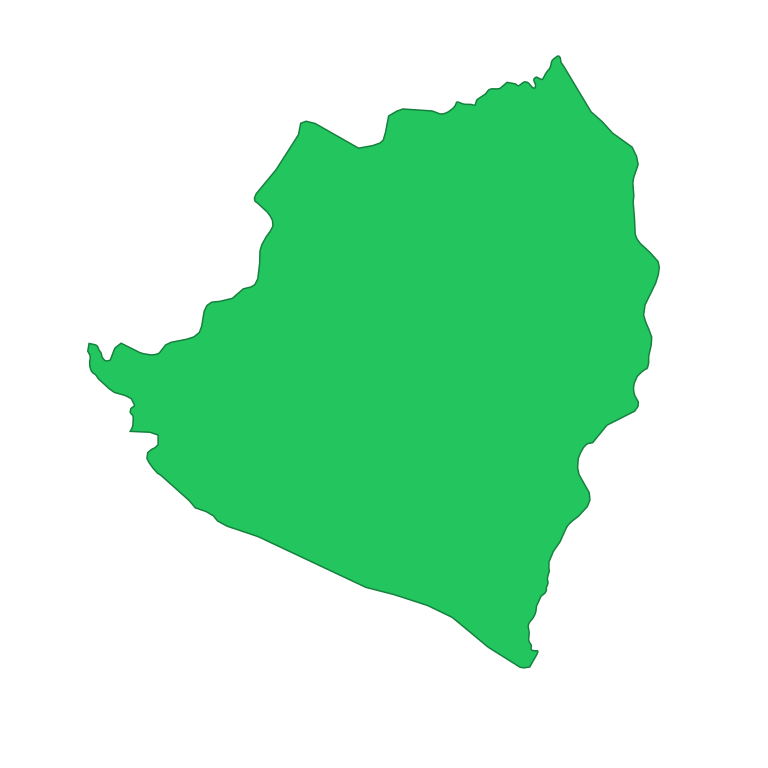 At-Ta'mim, Equal Earth projection, rotated 352°
{"feature_id": "IRQ-3049", "entity_name": "At-Ta'mim", "entity_type": "Province", "adm_level": 1, "iso_a3": "IRQ", "parent_name": "Iraq", "parent_adm1": "", "projection": "equal_earth", "projection_center": [44.125, 35.305], "detail": "fine", "context": "isolated", "style": "filled", "palette": "green", "viewbox_px": 768, "rotation_deg": 352, "n_neighbors": 0, "source": "natural_earth", "source_scale": "10m", "svg_char_len": 3366}
<svg xmlns="http://www.w3.org/2000/svg" viewBox="0 0 768 768"><g transform="rotate(352 384 384)"><path d="M606.2,94.4L627.0,143.4L636.6,154.6L645.2,167.3L662.7,184.0L665.8,193.8L666.2,202.1L659.9,214.5L658.4,219.7L657.6,232.4L656.1,238.2L655.0,256.1L653.6,270.5L654.6,275.3L657.2,280.3L665.2,290.1L672.4,300.8L672.9,306.5L671.0,313.5L667.1,321.9L653.5,342.0L650.7,351.8L651.8,359.1L654.1,367.6L655.6,375.0L654.0,382.7L650.0,393.3L649.0,400.0L647.9,403.0L646.6,405.3L643.8,406.2L640.3,408.3L635.8,411.7L631.9,418.0L630.5,422.6L630.3,426.8L630.8,430.5L633.4,437.4L632.4,441.6L628.4,445.8L599.1,455.8L582.4,471.2L577.7,471.3L575.4,472.5L572.7,474.7L569.1,479.4L566.0,484.8L564.1,493.7L564.5,500.7L572.1,520.2L571.8,527.6L568.2,533.8L557.9,542.2L552.1,545.4L547.4,548.6L544.6,551.7L536.4,564.7L528.3,573.5L522.5,583.4L522.0,587.5L521.7,588.7L521.6,589.6L521.7,590.9L521.7,592.5L520.4,594.9L518.9,598.7L518.7,600.1L518.5,600.9L518.9,602.7L518.6,604.4L516.9,607.4L516.3,608.6L516.3,610.0L515.7,611.6L514.4,613.4L510.0,616.0L504.1,625.2L502.8,630.2L501.5,633.0L499.4,636.0L494.6,640.6L493.5,642.6L493.0,644.5L493.2,649.3L492.9,652.0L491.6,657.5L492.0,659.6L493.4,662.9L493.5,664.0L492.8,666.2L492.9,667.4L493.6,668.4L495.0,668.9L498.9,669.5L499.1,670.7L497.5,673.4L488.9,684.5L483.2,684.6L479.4,683.5L450.7,659.3L419.2,624.7L396.3,609.4L364.3,593.8L337.8,582.9L313.2,566.8L238.0,517.6L208.9,503.0L200.2,496.6L196.6,490.7L189.8,485.4L179.9,480.4L175.0,472.5L150.3,443.3L147.4,440.9L143.6,435.3L140.3,429.0L138.9,424.6L140.5,419.1L144.3,416.6L148.6,415.1L151.8,412.7L153.2,403.1L145.4,399.2L126.1,395.6L128.5,392.4L129.7,389.3L131.1,382.0L130.7,379.9L129.4,378.3L128.7,376.4L129.8,373.3L131.2,372.2L132.5,371.7L133.5,371.2L133.9,369.8L131.7,363.4L126.3,359.5L115.8,354.8L111.5,350.8L102.0,339.3L100.2,335.6L99.4,334.3L97.6,332.9L95.9,330.3L95.1,325.5L95.7,320.5L96.7,317.6L96.9,314.8L95.2,310.2L97.6,302.8L103.3,304.9L104.9,305.9L105.9,307.8L106.2,309.4L106.6,310.9L108.1,313.6L108.4,315.8L108.5,318.1L110.6,321.7L112.8,322.7L116.2,322.3L122.4,311.1L129.3,307.0L146.3,318.7L149.9,320.5L157.8,322.9L161.8,323.0L165.6,322.2L173.1,315.0L178.8,313.1L194.9,312.2L202.3,310.9L208.3,307.3L211.5,301.4L216.0,287.0L219.6,281.6L224.7,279.0L233.1,279.3L245.7,278.1L257.9,270.2L265.9,269.4L270.0,267.6L273.7,262.2L277.6,247.4L279.7,235.0L282.3,229.2L288.0,221.6L292.8,216.7L296.0,212.2L296.3,206.6L294.8,202.1L292.4,197.6L284.2,187.5L281.8,185.2L281.5,182.0L283.9,177.8L306.9,156.8L334.0,125.2L337.8,114.2L343.5,113.0L352.0,116.4L391.6,146.9L405.7,146.4L413.7,144.8L417.2,142.4L420.5,135.0L425.9,119.2L434.6,115.6L440.9,114.3L461.5,118.6L469.7,120.3L476.8,124.2L479.0,124.7L482.0,124.5L485.7,123.4L491.1,120.3L493.3,118.2L495.1,115.1L496.5,115.0L501.1,117.6L503.3,118.3L509.3,119.3L511.0,120.1L512.1,120.5L513.2,120.2L515.2,115.9L516.5,114.9L523.5,111.6L525.6,110.3L527.2,108.5L529.2,107.0L532.0,106.7L536.7,107.5L539.9,107.5L547.9,102.4L556.2,105.2L557.2,106.6L558.3,107.3L560.0,107.0L563.3,105.0L565.5,104.3L568.3,105.4L569.8,107.2L572.2,111.0L573.7,112.0L575.0,111.7L575.7,109.3L575.5,107.7L575.0,106.1L574.7,104.4L574.9,102.8L576.3,101.7L577.8,101.3L581.8,104.1L583.3,104.4L585.1,102.2L586.6,100.0L588.8,97.4L592.0,94.6L593.3,92.2L594.7,88.4L595.8,86.8L597.5,85.5L601.6,83.4L602.8,83.6L604.0,85.4L604.0,90.1L606.2,94.4Z" fill="#22c55e" stroke="#15803d" stroke-width="1.5"/></g></svg>